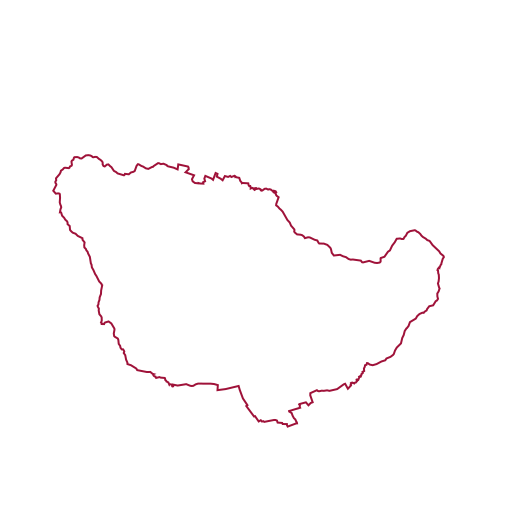 outline of Bretea Romana, Hunedoara, Romania, rotated 154°
{"feature_id": "2599482B96902853803032", "entity_name": "Bretea Romana", "entity_type": "district", "adm_level": 2, "iso_a3": "ROU", "parent_name": "Romania", "parent_adm1": "Hunedoara", "projection": "albers", "projection_center": [23.022, 45.65], "detail": "fine", "context": "isolated", "style": "outline", "palette": "rose", "viewbox_px": 512, "rotation_deg": 154, "n_neighbors": 0, "source": "geoboundaries", "source_scale": "gbopen_adm2", "svg_char_len": 6076}
<svg xmlns="http://www.w3.org/2000/svg" viewBox="0 0 512 512"><g transform="rotate(154 256 256)"><path d="M379.7,422.4L380.5,421.7L381.5,418.6L382.2,418.0L384.0,418.0L385.0,417.1L385.7,417.0L389.0,419.1L390.2,419.2L391.7,418.5L393.9,418.2L395.1,416.8L396.8,415.6L401.7,413.5L402.4,411.6L403.7,410.8L404.2,409.8L404.0,408.3L404.2,407.5L409.6,403.5L408.6,399.8L406.3,399.0L405.3,398.2L405.2,397.6L406.6,394.2L408.9,390.2L409.3,388.1L409.4,386.2L409.8,385.0L411.1,383.9L413.0,381.3L412.5,381.2L412.1,380.5L412.6,377.2L411.7,374.5L411.5,372.3L410.6,369.9L410.7,368.7L411.4,367.2L410.3,364.6L411.7,361.0L411.3,359.3L410.5,357.3L408.4,355.1L407.4,352.2L404.2,348.1L404.8,346.6L404.1,343.4L405.7,341.0L406.5,338.9L405.8,336.8L406.0,335.4L405.5,333.7L405.8,331.9L405.7,328.1L407.7,321.6L407.6,320.4L408.5,317.7L408.3,314.7L408.5,310.2L408.2,308.2L408.1,301.8L407.1,298.8L407.3,297.9L407.0,297.2L410.3,292.9L412.0,289.8L414.6,287.4L416.0,285.1L417.8,283.4L418.9,281.5L420.2,280.7L420.4,279.9L420.3,277.6L421.3,275.9L422.3,272.3L421.6,269.6L421.7,268.3L423.0,265.5L424.5,264.1L424.1,263.3L424.5,262.5L422.4,261.4L422.0,261.9L420.9,262.4L417.2,261.8L415.6,258.8L415.1,252.9L415.5,251.8L417.8,248.7L418.6,246.2L418.3,245.3L416.4,242.4L416.5,241.0L417.9,237.2L417.5,234.8L418.0,233.0L417.6,230.9L416.4,230.4L416.2,228.9L416.3,227.8L417.4,226.8L417.0,224.2L418.2,219.8L418.3,216.7L418.9,215.2L416.3,212.7L413.4,208.1L412.9,207.2L412.8,205.5L405.0,199.6L401.8,198.1L400.6,195.4L399.8,194.7L400.2,194.7L400.5,194.0L400.4,193.1L399.8,192.0L399.2,191.7L399.2,190.2L395.9,189.5L395.0,188.5L391.5,186.4L391.4,186.0L391.9,184.3L391.4,183.3L391.5,182.5L390.2,180.8L390.3,178.3L389.7,178.6L387.2,176.7L387.3,176.2L388.4,175.9L388.3,175.4L387.5,175.2L386.8,176.1L386.7,176.6L383.2,173.9L374.9,171.4L372.0,168.2L370.7,167.3L369.2,166.8L366.5,167.1L364.0,166.7L352.7,161.1L349.8,159.3L346.9,156.7L349.4,152.3L341.6,149.7L328.6,146.8L329.3,142.8L330.2,133.7L329.1,125.7L330.5,125.4L328.1,112.6L327.1,112.5L326.1,106.1L323.7,106.3L323.2,104.6L321.8,104.3L321.3,103.3L311.6,100.7L310.3,100.0L309.3,98.9L309.6,96.8L305.7,94.5L305.7,93.3L301.9,91.4L302.3,90.4L302.3,88.8L293.2,87.9L292.5,87.6L292.2,88.6L292.4,89.2L292.3,91.9L293.0,93.6L293.1,96.5L292.8,99.2L294.6,102.1L295.1,102.3L282.9,100.3L282.9,101.0L282.0,102.6L282.3,103.7L282.0,103.9L275.3,102.6L274.3,98.8L271.2,99.9L269.2,99.7L268.3,107.0L267.3,108.9L260.1,108.7L259.6,107.6L258.7,106.8L255.9,106.1L254.2,105.1L251.0,104.1L249.1,102.6L241.4,100.8L233.4,102.2L231.9,102.1L231.6,96.4L227.4,98.0L227.5,98.7L226.3,99.4L226.4,100.2L226.1,100.3L224.9,100.0L223.7,98.5L223.3,98.9L221.8,98.5L220.0,99.3L220.2,99.6L219.8,100.8L219.3,100.8L218.3,99.9L216.2,101.8L216.2,102.3L215.7,102.3L215.2,101.7L214.6,101.7L214.3,102.6L213.2,103.0L212.9,103.7L211.2,104.1L211.0,105.2L209.2,105.2L208.3,107.6L206.8,108.7L205.9,110.0L204.4,109.8L203.2,111.1L202.5,110.7L201.4,108.6L199.0,106.7L195.0,106.0L189.5,106.2L185.5,105.6L183.7,106.7L179.3,106.4L176.2,107.0L175.1,107.5L172.5,110.1L169.6,112.0L164.0,113.9L160.5,118.2L157.9,120.2L155.2,123.4L152.5,125.0L152.1,125.0L149.6,126.2L146.6,129.1L139.8,129.7L137.5,131.3L134.5,132.2L131.3,132.1L130.2,131.4L129.0,132.0L126.5,132.3L125.5,133.3L122.3,134.9L118.4,134.0L114.3,136.6L112.8,136.7L111.2,137.7L110.7,140.2L109.5,142.8L107.4,144.1L105.2,146.4L105.3,147.1L104.5,151.6L103.1,153.0L101.3,155.8L99.9,159.1L99.8,160.5L98.8,163.1L99.1,163.7L98.3,164.6L96.9,165.3L96.6,164.9L96.4,165.3L96.1,165.1L94.1,166.9L93.0,167.4L92.6,168.1L89.4,171.6L87.6,172.7L87.5,174.0L89.1,177.4L89.3,179.9L92.5,188.4L93.3,193.1L93.6,193.7L95.1,195.2L95.8,197.1L97.7,200.0L98.4,201.9L98.7,203.8L99.7,206.3L100.4,206.9L101.5,209.1L102.1,209.6L106.7,210.8L109.8,210.5L112.5,208.5L114.1,208.0L116.0,206.7L117.6,207.4L118.8,208.6L122.0,209.8L125.3,207.5L129.1,205.6L133.2,202.3L135.5,202.0L140.9,199.0L144.8,199.5L145.1,199.2L146.3,196.6L146.7,196.2L147.7,195.9L150.2,196.6L152.3,197.9L156.4,202.0L162.6,203.3L163.4,203.9L163.8,205.9L170.5,210.4L172.5,211.2L174.1,212.7L175.6,215.5L178.0,217.7L179.9,220.2L185.8,222.3L186.5,225.6L185.6,229.3L185.6,230.8L187.0,234.7L189.6,237.4L193.7,239.5L194.0,240.5L194.1,243.1L196.2,244.9L199.5,249.1L201.0,250.0L204.2,250.6L204.4,252.5L205.4,254.5L206.6,255.6L209.6,257.4L210.9,260.3L210.9,261.3L210.1,262.4L209.9,263.1L211.2,267.9L211.0,271.3L212.0,274.6L212.6,284.2L213.4,286.8L214.1,288.3L214.7,290.8L215.7,292.7L214.9,294.0L209.9,298.9L211.0,301.0L211.2,301.9L211.0,302.8L211.2,303.7L211.1,304.1L209.9,304.4L210.0,305.6L211.0,306.5L211.5,305.3L212.0,305.2L212.3,305.6L212.4,307.2L213.0,307.9L213.6,309.3L214.9,310.3L216.0,310.4L217.3,312.1L218.8,312.6L221.6,312.1L222.4,312.3L222.8,312.8L222.4,313.1L222.7,314.0L223.8,315.4L226.0,316.0L226.0,316.9L227.0,317.4L227.3,317.4L227.2,316.2L228.3,316.0L228.9,317.4L229.1,318.6L229.8,319.0L231.2,319.0L230.7,320.0L230.5,321.4L231.4,321.7L231.6,322.8L231.1,324.7L236.2,327.6L236.8,327.6L236.7,328.4L237.2,330.4L236.8,333.6L239.2,335.4L239.3,335.8L240.0,336.0L239.7,336.8L240.1,337.5L243.5,337.8L244.1,339.3L246.4,339.3L248.9,341.5L252.8,338.7L253.9,341.0L256.4,344.5L254.6,346.7L255.9,348.3L261.2,343.3L262.0,345.1L266.4,350.2L268.5,348.2L269.0,345.5L271.2,345.5L271.6,344.1L274.5,345.7L275.7,346.8L275.9,346.5L278.9,348.4L280.2,350.9L279.9,353.1L276.3,355.7L282.6,362.1L278.3,363.6L278.1,364.7L277.8,365.1L277.9,366.2L285.7,372.4L288.5,368.2L291.3,371.5L295.8,375.2L296.3,375.9L296.4,376.8L298.7,379.5L301.3,380.3L302.3,381.7L303.3,382.4L308.6,381.7L309.6,381.3L310.5,381.6L314.6,381.5L316.6,383.1L318.3,385.9L319.5,387.1L321.3,389.9L322.0,390.3L323.9,389.3L327.7,385.6L329.3,385.4L331.8,385.9L334.5,385.2L337.8,387.3L338.7,386.5L339.3,386.4L344.2,390.9L344.9,392.7L346.4,394.8L347.0,399.3L347.7,400.6L348.5,403.0L350.0,403.5L352.7,402.8L353.6,403.7L353.7,405.5L352.9,407.1L352.8,408.3L353.6,410.5L354.6,412.1L355.7,414.8L357.3,415.7L358.8,416.0L359.5,416.5L359.9,417.8L361.0,419.1L362.4,420.1L364.9,421.0L370.0,420.1L371.4,420.9L372.1,422.2L373.3,423.3L375.9,424.4L376.7,424.0L377.9,422.6L379.7,422.4Z" fill="none" stroke="#9f1239" stroke-width="2"/></g></svg>